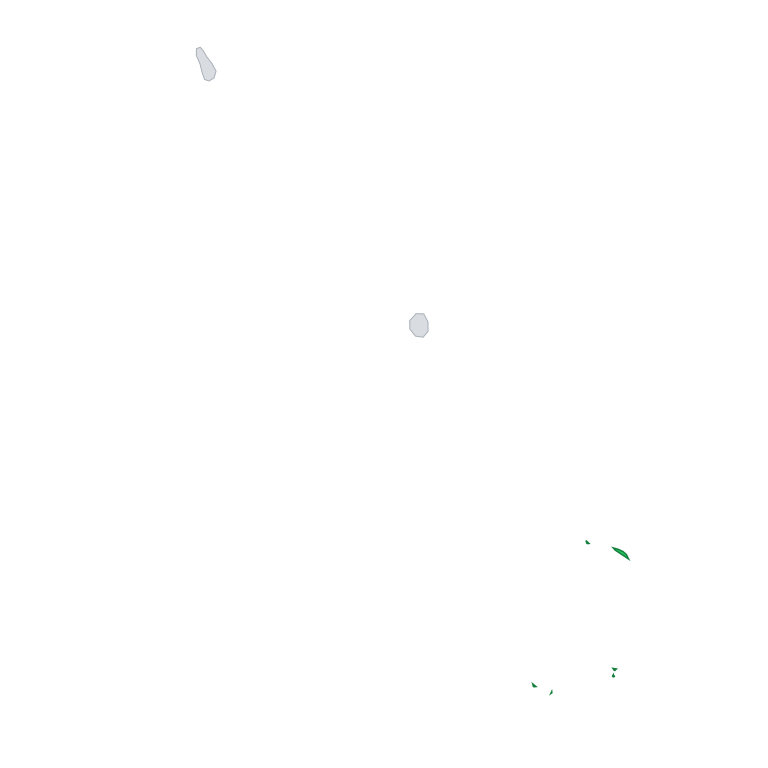 where Thaa sits in Maldives, rotated 315°
{"feature_id": "MDV-5238", "entity_name": "Thaa", "entity_type": "Atoll", "adm_level": 1, "iso_a3": "MDV", "parent_name": "Maldives", "parent_adm1": "", "projection": "albers", "projection_center": [73.162, 2.359], "detail": "coarse", "context": "in_parent", "style": "filled", "palette": "green", "viewbox_px": 768, "rotation_deg": 315, "n_neighbors": 0, "source": "natural_earth", "source_scale": "10m", "svg_char_len": 982}
<svg xmlns="http://www.w3.org/2000/svg" viewBox="0 0 768 768"><g transform="rotate(315 384 384)"><path d="M486.5,44.0L480.2,47.4L474.5,46.0L472.5,41.8L475.4,35.6L480.2,27.6L483.6,19.0L488.4,14.3L492.2,15.9L491.8,20.7L490.0,27.4L488.9,36.0L486.5,44.0ZM452.4,377.9L444.8,378.6L440.1,372.5L441.1,363.6L447.0,357.3L456.4,357.0L461.7,362.5L459.0,371.2L452.4,377.9Z" fill="#d9dde1" stroke="#a8b0b8" stroke-width="1"/><path d="M430.2,662.0L432.7,666.5L434.1,670.4L434.5,671.2L434.8,676.0L433.2,680.7L430.0,664.9L430.2,662.0ZM277.1,701.3L277.5,705.4L275.9,704.1L275.8,703.2L276.5,702.4L277.1,701.3ZM344.8,747.0L345.3,747.7L346.8,749.8L344.7,749.8L344.3,749.2L344.6,748.2L344.8,747.0ZM416.1,637.5L416.2,641.7L415.7,641.3L415.0,640.7L414.9,639.8L415.5,638.8L416.1,637.5ZM340.7,751.7L340.3,752.5L340.3,753.3L340.1,753.7L339.1,753.3L338.9,752.4L339.2,752.1L339.9,752.0L340.7,751.7ZM285.1,720.1L284.4,721.0L283.2,720.8L285.1,720.1Z" fill="#22c55e" stroke="#15803d" stroke-width="1.5"/></g></svg>